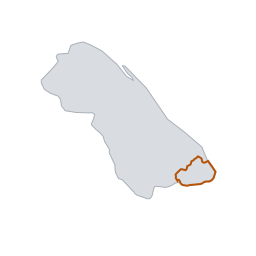 Ahuachapán highlighted on a map of El Salvador, rotated 210°
{"feature_id": "SLV-1343", "entity_name": "Ahuachapán", "entity_type": "Department", "adm_level": 1, "iso_a3": "SLV", "parent_name": "El Salvador", "parent_adm1": "", "projection": "albers", "projection_center": [-89.848, 13.863], "detail": "fine", "context": "in_parent", "style": "outline", "palette": "amber", "viewbox_px": 256, "rotation_deg": 210, "n_neighbors": 0, "source": "natural_earth", "source_scale": "10m", "svg_char_len": 2059}
<svg xmlns="http://www.w3.org/2000/svg" viewBox="0 0 256 256"><g transform="rotate(210 128 128)"><path d="M90.9,75.6L93.0,76.0L106.8,80.3L110.9,79.5L116.1,82.9L118.6,85.7L120.8,89.4L131.7,97.0L133.6,100.3L141.7,104.7L145.0,108.1L148.5,109.5L155.3,110.8L161.2,112.5L161.8,113.8L162.4,118.8L163.7,123.1L166.5,123.4L169.8,121.3L180.7,115.5L191.0,111.6L196.8,113.9L200.3,118.6L204.3,120.7L212.4,119.3L219.9,119.7L225.7,123.8L227.1,126.2L223.6,140.1L222.4,146.0L221.8,151.0L223.9,152.3L226.0,154.2L225.6,156.9L219.2,161.4L217.2,162.6L218.8,171.1L214.1,176.3L209.7,180.1L202.1,181.2L189.0,181.7L169.4,177.6L155.0,171.9L147.2,171.9L149.6,173.8L155.8,175.0L163.9,179.0L161.6,180.1L132.2,171.8L98.1,155.4L77.8,152.8L54.6,148.5L40.8,138.0L30.5,133.4L29.6,129.5L29.7,125.1L34.4,119.2L43.1,111.3L48.9,107.2L51.6,106.4L55.4,106.8L59.1,104.5L62.2,99.0L65.5,95.5L73.8,91.9L75.7,90.5L75.1,87.4L73.3,81.5L73.6,77.8L76.3,76.2L79.5,75.8L86.3,74.3L89.2,74.6L90.9,75.6Z" fill="#d9dde1" stroke="#a8b0b8" stroke-width="1"/><path d="M30.3,133.9L29.0,128.4L28.9,127.0L29.1,125.6L29.6,124.3L30.2,123.1L31.2,122.0L33.5,120.8L34.5,120.0L35.3,118.8L35.8,117.6L36.5,116.4L37.7,115.3L45.7,109.7L47.4,108.0L48.3,107.4L51.9,106.0L53.2,105.9L54.7,106.3L56.8,108.0L58.0,108.5L59.2,107.8L59.3,107.4L59.2,107.2L59.9,107.5L61.4,108.5L61.7,108.7L61.8,108.9L61.9,109.1L62.1,109.8L62.2,110.0L62.3,110.2L62.6,110.4L62.9,110.7L63.2,111.0L63.4,111.4L63.5,111.6L63.3,113.1L61.6,118.8L60.1,119.4L58.3,119.9L57.3,120.1L57.1,120.2L56.9,120.5L56.8,121.0L56.8,121.4L57.0,122.9L57.2,123.4L57.3,123.8L57.5,124.2L57.6,124.4L57.5,124.7L55.8,127.3L55.7,127.7L55.6,128.1L56.3,130.3L56.4,130.8L56.3,131.1L56.1,131.5L55.4,132.2L55.2,132.7L55.1,133.1L55.0,133.9L55.0,134.1L53.9,136.0L53.7,136.4L53.3,138.3L52.9,138.4L52.2,138.5L49.7,138.4L49.2,138.3L49.0,138.2L48.4,137.6L47.3,136.3L47.2,136.2L46.8,136.0L46.6,135.9L46.4,135.8L46.1,135.8L45.8,135.8L45.3,135.9L45.0,135.9L44.8,136.1L44.6,136.2L44.4,136.4L43.7,137.1L42.4,139.2L42.2,139.5L36.6,137.0L30.3,133.9Z" fill="none" stroke="#b45309" stroke-width="2"/></g></svg>